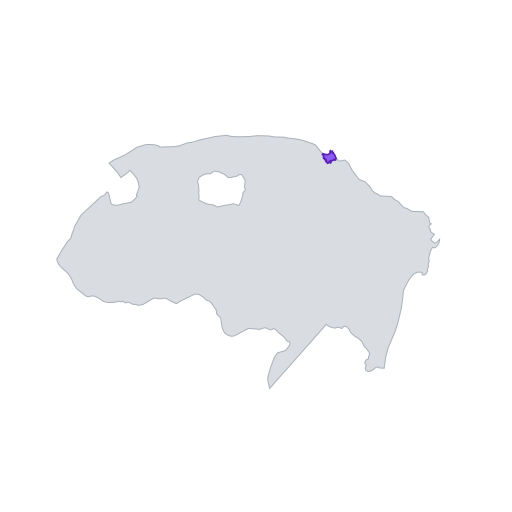 location of Nelson Mandela Bay, Eastern Cape, South Africa, rotated 224°
{"feature_id": "47623444B28857154592205", "entity_name": "Nelson Mandela Bay", "entity_type": "district", "adm_level": 2, "iso_a3": "ZAF", "parent_name": "South Africa", "parent_adm1": "Eastern Cape", "projection": "orthographic", "projection_center": [25.553, -33.802], "detail": "fine", "context": "in_parent", "style": "filled", "palette": "violet", "viewbox_px": 512, "rotation_deg": 224, "n_neighbors": 0, "source": "geoboundaries", "source_scale": "gbopen_adm2", "svg_char_len": 6207}
<svg xmlns="http://www.w3.org/2000/svg" viewBox="0 0 512 512"><g transform="rotate(224 256 256)"><path d="M350.6,109.0L362.2,107.9L367.4,109.0L373.6,111.7L379.4,112.9L389.3,112.5L392.7,113.1L395.3,114.1L397.2,115.5L399.7,125.4L401.7,136.0L401.5,139.4L401.8,140.7L404.4,145.3L405.3,148.1L406.8,150.5L409.8,161.9L410.2,163.9L408.8,191.0L407.3,194.3L407.7,198.6L406.0,199.0L396.7,193.0L395.0,193.1L392.2,195.0L389.6,198.0L388.3,200.7L383.2,207.8L382.7,212.4L382.9,216.5L384.5,216.7L385.5,219.6L387.9,224.4L392.2,227.5L396.2,229.1L401.8,229.8L406.3,230.0L406.2,226.9L407.7,218.6L415.1,220.1L426.2,220.6L425.1,225.9L420.4,237.9L417.1,251.6L413.4,258.3L411.4,261.1L405.8,265.8L403.0,267.4L400.6,267.8L391.0,277.6L387.4,282.4L384.1,289.5L381.0,293.3L376.3,301.6L368.2,313.8L361.5,321.8L358.5,324.0L356.6,325.0L351.4,329.6L344.0,337.1L338.4,343.7L330.1,351.3L325.4,354.5L318.3,361.0L316.3,362.0L308.4,368.1L302.7,371.7L293.6,376.0L290.0,377.2L281.4,376.0L277.8,376.6L274.8,379.2L274.5,383.0L273.3,383.6L265.4,381.9L262.1,382.2L260.3,384.2L258.7,386.8L254.2,387.0L246.2,384.4L236.7,382.9L234.5,382.8L230.0,384.8L228.4,385.2L221.7,384.9L218.0,383.8L214.5,383.9L211.8,385.0L208.5,385.4L199.9,392.9L195.3,393.0L191.4,394.0L184.4,393.4L182.4,393.9L180.4,395.2L175.7,396.0L173.9,397.2L166.3,404.1L162.9,403.6L158.8,403.7L153.9,400.6L152.1,400.9L152.6,399.8L152.6,398.0L150.8,396.2L149.0,396.4L147.9,394.9L145.1,394.9L142.8,395.6L142.0,389.6L140.8,389.1L138.0,389.1L136.6,389.4L136.0,390.0L135.4,391.5L135.6,395.6L134.6,394.5L133.3,392.1L132.7,389.4L132.9,386.2L135.0,384.9L134.1,380.9L130.2,374.2L128.1,372.9L126.3,369.5L124.6,368.3L123.7,365.9L122.0,364.0L121.2,360.9L122.0,359.0L123.3,357.9L124.8,359.4L126.5,358.7L128.8,356.2L130.0,352.7L129.7,347.1L129.1,343.7L126.5,335.0L125.5,333.0L120.6,326.9L114.8,318.8L107.2,305.9L103.4,298.1L97.4,282.2L92.5,273.4L86.6,265.2L85.8,264.7L86.6,263.6L89.2,261.4L90.5,260.8L91.2,260.9L91.8,260.3L92.4,258.9L92.6,255.9L93.7,252.6L94.8,251.1L97.3,250.0L99.3,251.0L100.2,252.1L100.6,253.7L101.5,254.3L102.8,254.2L103.9,255.1L104.5,257.0L104.5,258.4L103.8,259.3L104.0,260.5L105.1,261.8L106.4,264.9L111.6,266.1L114.5,266.1L117.3,266.7L120.0,267.9L124.3,268.0L130.1,266.8L135.0,266.8L138.9,268.0L141.7,268.1L143.4,267.1L144.1,265.8L143.7,264.2L144.5,263.1L146.5,262.5L147.9,261.2L149.0,259.1L151.6,257.3L155.8,255.8L157.9,255.7L154.2,170.1L162.1,175.6L164.0,178.2L168.1,186.0L172.4,195.7L173.2,200.5L173.1,201.5L169.3,208.2L169.3,211.4L169.9,215.1L170.9,216.9L172.1,217.5L174.8,216.4L179.0,217.2L187.0,216.5L191.0,216.8L192.0,216.5L192.9,215.6L193.9,213.3L194.8,212.6L198.5,211.4L200.1,210.1L202.7,205.5L210.5,199.3L211.4,197.9L216.1,183.5L217.6,181.4L219.9,180.0L224.3,178.8L226.9,179.4L229.7,180.5L232.9,182.6L237.7,186.4L239.3,186.9L244.0,187.0L247.0,189.5L255.8,191.2L258.4,191.1L261.1,189.7L265.7,189.7L270.5,188.7L273.5,186.2L279.2,170.6L279.9,167.2L280.5,166.3L285.2,164.5L290.9,163.2L292.1,162.5L295.6,158.2L300.3,154.7L303.7,142.3L305.9,139.4L307.2,138.2L308.0,138.2L309.2,137.4L310.8,135.9L312.7,135.0L314.8,134.7L316.2,133.7L316.9,132.1L318.0,131.3L319.6,131.4L320.5,130.9L320.7,129.8L324.3,127.2L324.4,126.1L326.4,123.5L330.4,119.5L334.2,117.3L337.7,116.9L344.2,115.0L346.5,113.1L348.1,110.4L350.6,109.0ZM335.4,292.8L340.9,290.9L345.0,288.2L346.1,283.1L349.2,280.1L350.5,277.2L351.5,273.2L349.8,268.9L347.3,267.6L342.8,263.8L340.8,261.3L338.1,259.1L336.2,256.6L333.0,257.3L328.1,259.1L325.0,260.9L322.4,263.0L317.7,264.5L313.3,271.3L311.9,272.9L308.5,277.9L303.6,280.3L303.5,281.2L305.0,285.3L307.2,289.5L309.5,292.9L309.3,295.0L310.1,296.6L312.2,297.7L315.6,302.0L317.3,303.4L322.7,304.5L323.5,304.3L325.0,301.8L325.2,300.1L328.9,294.7L330.5,293.1L335.4,292.8Z" fill="#d9dde1" stroke="#a8b0b8" stroke-width="1"/><path d="M266.4,382.1L266.5,382.1L266.8,382.2L267.0,382.2L267.0,382.3L267.4,382.4L267.5,382.4L267.7,382.5L267.8,382.5L268.0,382.6L268.3,382.8L268.5,382.9L268.6,383.0L268.8,383.0L269.0,383.2L269.3,383.3L269.5,383.3L269.8,383.5L270.0,383.6L270.3,383.6L270.5,383.6L270.8,383.6L271.1,383.5L271.3,383.5L271.5,383.6L271.8,383.6L272.0,383.6L272.4,383.7L272.5,383.7L272.5,383.8L272.6,383.7L272.6,383.8L272.6,383.7L272.7,383.8L272.8,383.8L273.0,383.8L273.3,383.9L273.4,384.0L273.4,383.9L273.5,383.9L273.6,384.0L273.6,383.9L273.6,384.0L273.6,383.9L273.8,383.9L274.0,383.8L274.3,383.9L274.5,383.8L274.5,383.7L274.8,383.4L275.0,383.4L275.3,383.4L275.5,383.4L275.5,383.5L275.8,383.5L275.8,383.4L275.7,383.4L275.6,383.2L275.5,382.9L275.4,382.7L275.2,382.5L275.2,382.4L274.9,382.3L274.8,382.2L274.7,382.2L274.6,381.9L274.5,382.0L274.4,382.0L274.4,381.9L274.4,382.0L274.4,381.9L274.5,381.9L274.4,381.9L274.6,381.8L274.5,381.7L274.2,381.7L274.0,381.4L274.0,381.1L274.0,380.9L274.1,380.6L274.2,380.3L274.2,380.2L274.3,380.1L274.4,379.7L274.5,379.5L274.5,379.4L274.6,379.2L274.8,378.9L275.0,378.6L275.3,378.3L275.5,378.1L275.8,377.8L276.0,377.7L276.3,377.5L276.4,377.4L276.5,377.4L276.8,377.2L277.0,377.1L277.2,376.9L277.3,376.8L277.5,376.7L277.9,376.5L278.0,376.5L278.1,376.4L278.4,376.3L278.6,376.3L279.0,375.7L278.9,375.3L278.7,374.9L277.5,375.3L277.5,375.6L277.4,375.6L277.2,375.5L277.1,375.4L277.1,375.2L276.7,374.9L276.5,374.7L276.5,374.4L276.5,374.2L276.4,374.0L276.2,373.9L275.9,373.9L275.8,374.0L275.7,374.0L275.6,373.7L275.5,373.4L275.3,373.5L275.2,373.8L275.4,373.8L275.4,374.0L275.1,373.8L275.1,373.7L274.9,373.7L274.3,373.6L274.4,373.2L273.0,373.3L272.9,373.5L272.9,374.0L271.7,373.6L272.0,372.7L270.6,372.3L270.4,372.4L269.9,372.5L269.7,372.5L269.0,372.4L268.8,372.4L268.7,372.7L268.3,373.9L268.7,374.0L268.1,374.3L268.3,374.5L268.8,375.0L268.5,375.5L268.9,375.8L268.9,376.0L268.6,376.0L268.4,376.3L268.1,376.1L267.8,376.1L267.9,375.8L267.3,375.7L266.9,375.3L266.9,375.5L266.7,375.6L266.8,375.6L267.0,375.5L267.3,375.7L267.3,375.9L267.6,376.0L267.9,376.3L267.6,377.0L268.0,377.2L267.9,377.4L267.4,377.4L267.3,377.6L267.2,378.1L266.5,379.2L266.5,379.3L266.9,379.6L266.3,379.9L267.2,380.1L266.2,380.0L266.1,380.3L266.0,380.5L265.9,380.5L266.0,380.6L265.9,380.7L265.9,380.8L265.9,381.0L266.1,380.9L266.1,381.0L266.1,380.9L266.3,381.2L266.4,381.4L266.5,381.5L266.4,381.8L266.5,381.9L266.4,382.0L266.4,382.1Z" fill="#8b5cf6" stroke="#5b21b6" stroke-width="1.5"/></g></svg>